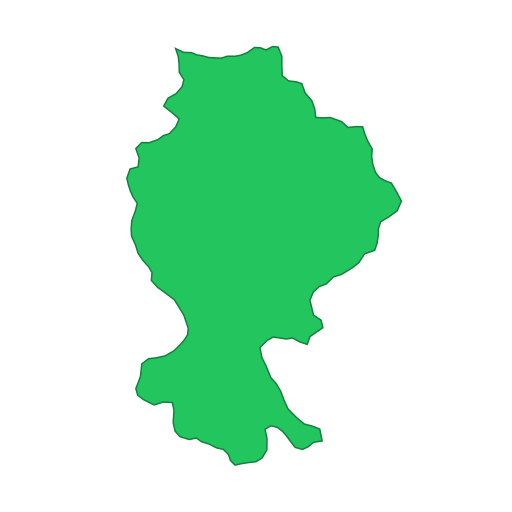 Careaçu, Minas Gerais, Brazil (Robinson projection), rotated 187°
{"feature_id": "56859067B66204564146024", "entity_name": "Careaçu", "entity_type": "district", "adm_level": 2, "iso_a3": "BRA", "parent_name": "Brazil", "parent_adm1": "Minas Gerais", "projection": "robinson", "projection_center": [-45.665, -22.072], "detail": "fine", "context": "isolated", "style": "filled", "palette": "green", "viewbox_px": 512, "rotation_deg": 187, "n_neighbors": 0, "source": "geoboundaries", "source_scale": "gbopen_adm2", "svg_char_len": 2187}
<svg xmlns="http://www.w3.org/2000/svg" viewBox="0 0 512 512"><g transform="rotate(187 256 256)"><path d="M356.2,135.0L356.0,122.2L359.1,109.7L356.4,103.4L350.1,99.7L339.0,95.8L330.3,99.7L321.2,100.4L318.6,92.7L317.9,80.5L315.0,72.3L309.5,67.4L299.9,65.7L293.0,68.1L287.4,65.0L279.5,63.6L272.0,60.8L264.9,60.1L259.2,55.7L256.5,50.0L251.4,45.9L244.8,48.2L238.2,50.1L231.0,51.8L225.3,56.3L221.6,65.0L222.8,76.1L225.9,85.1L220.7,89.3L213.8,88.5L208.2,85.1L203.8,81.2L199.8,76.8L193.8,70.8L186.2,69.7L181.0,73.0L176.1,78.1L167.8,80.5L171.6,92.0L179.7,94.1L187.5,95.1L195.8,100.3L205.5,108.0L210.9,116.9L214.9,124.6L220.2,131.6L226.4,137.0L232.5,147.9L237.7,155.8L240.9,165.6L234.3,173.9L228.9,177.7L215.9,177.3L209.7,179.1L202.5,176.2L194.4,174.5L192.6,182.6L180.9,193.0L183.6,200.2L191.7,204.4L197.1,218.7L194.8,226.9L189.6,233.3L182.7,236.9L176.7,244.6L168.8,248.2L163.5,252.4L158.1,256.8L153.0,262.1L148.5,271.4L138.9,276.1L137.4,283.2L137.1,291.6L137.8,298.0L136.5,305.1L129.1,310.9L121.5,317.9L118.3,328.2L124.9,337.6L130.5,344.9L137.4,346.6L143.2,349.0L147.6,353.6L151.0,360.5L153.3,368.6L153.7,376.4L159.0,383.5L163.0,390.6L165.9,397.3L172.6,396.6L180.3,394.8L187.5,399.8L199.0,402.5L206.9,401.2L213.6,400.8L215.7,409.4L219.6,417.1L227.1,423.8L231.6,432.7L237.3,433.8L245.1,433.8L251.9,438.2L253.4,447.0L254.7,457.4L259.5,466.1L265.1,465.9L271.2,461.7L276.9,463.2L282.9,462.8L289.2,457.0L295.4,453.5L301.1,451.7L308.9,450.8L314.4,448.2L320.2,447.7L327.3,447.3L333.6,448.2L339.3,448.4L344.9,450.0L352.7,449.3L361.1,452.1L357.5,444.6L355.8,437.5L354.5,428.9L349.1,422.3L350.0,415.0L355.1,407.4L362.6,401.9L365.9,393.5L357.7,388.6L348.9,382.7L351.4,374.4L356.9,366.8L362.5,364.3L367.7,359.5L375.9,355.4L383.2,354.7L388.4,348.1L383.9,339.0L383.9,330.1L391.6,327.0L393.7,317.5L391.4,311.3L388.7,305.3L385.3,299.8L380.3,293.8L381.2,286.3L383.6,275.9L383.2,267.2L381.8,260.2L377.0,252.4L373.4,244.4L367.7,237.8L361.1,232.1L357.2,226.9L356.9,219.0L350.0,213.0L340.1,207.5L331.7,202.6L325.2,194.6L320.4,188.4L317.6,182.6L314.4,176.0L314.3,169.4L317.0,163.8L320.4,158.7L326.0,151.8L334.2,145.7L343.2,142.6L350.1,141.0L356.2,135.0Z" fill="#22c55e" stroke="#15803d" stroke-width="1.5"/></g></svg>